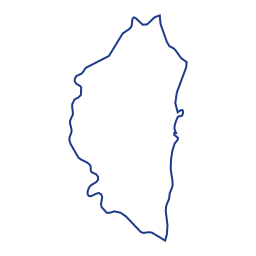 map outline of Ogliastra (Albers equal-area conic projection)
{"feature_id": "ITA-5377", "entity_name": "Ogliastra", "entity_type": "Province", "adm_level": 1, "iso_a3": "ITA", "parent_name": "Italy", "parent_adm1": "", "projection": "albers", "projection_center": [9.501, 39.887], "detail": "fine", "context": "isolated", "style": "outline", "palette": "blue", "viewbox_px": 256, "rotation_deg": 0, "n_neighbors": 0, "source": "natural_earth", "source_scale": "10m", "svg_char_len": 1515}
<svg xmlns="http://www.w3.org/2000/svg" viewBox="0 0 256 256"><path d="M159.8,15.4L160.3,21.7L160.8,24.8L166.9,42.0L169.5,46.3L173.3,48.1L175.3,50.0L181.1,58.1L186.7,62.2L186.2,67.3L176.8,92.6L175.3,103.2L177.7,112.3L179.2,111.2L181.1,110.1L182.6,110.2L183.1,112.3L182.3,115.4L180.7,116.2L179.0,116.2L177.7,117.1L175.9,121.4L174.6,125.5L174.5,129.4L176.0,133.0L174.3,133.0L174.3,135.1L175.5,135.7L176.6,136.9L177.8,137.6L177.8,139.6L174.6,143.6L172.4,150.6L171.1,159.0L170.7,167.2L171.0,171.4L172.3,179.6L172.7,184.3L172.1,187.6L169.7,193.2L169.2,198.0L168.6,200.1L167.4,202.7L166.2,206.1L165.7,210.7L167.5,225.5L166.8,234.7L165.1,240.6L152.1,232.7L149.3,232.2L143.1,232.9L140.6,231.8L125.8,216.3L120.5,212.7L114.2,211.3L110.3,212.7L106.8,212.8L101.6,207.1L101.0,204.0L102.2,197.2L101.2,194.3L98.7,193.0L96.2,193.7L91.1,196.2L89.2,196.1L88.0,195.0L87.5,193.2L87.8,190.8L88.7,188.3L90.1,186.2L91.8,184.7L96.4,182.0L98.1,179.6L98.1,176.8L95.9,174.1L92.1,172.5L91.1,171.4L90.7,169.9L90.7,166.6L90.1,165.1L87.2,162.6L80.8,159.4L78.3,157.5L70.6,144.0L69.3,140.0L69.6,137.3L71.5,132.0L71.5,129.3L70.0,123.4L70.1,120.8L71.3,117.8L72.8,114.9L72.8,111.4L72.2,107.7L72.2,104.2L74.6,99.4L78.1,97.7L80.9,95.0L81.2,87.4L80.5,86.3L76.7,84.0L75.7,83.0L75.0,81.7L74.7,80.3L74.9,78.6L76.4,76.0L81.3,73.8L83.3,71.6L84.7,69.3L86.0,67.7L108.9,56.0L122.7,33.5L129.8,28.6L131.5,26.2L132.0,23.9L132.1,21.1L132.5,18.7L134.0,17.4L135.8,18.2L142.7,24.7L147.1,24.4L154.7,17.2L159.8,15.4Z" fill="none" stroke="#1e3a8a" stroke-width="2"/></svg>